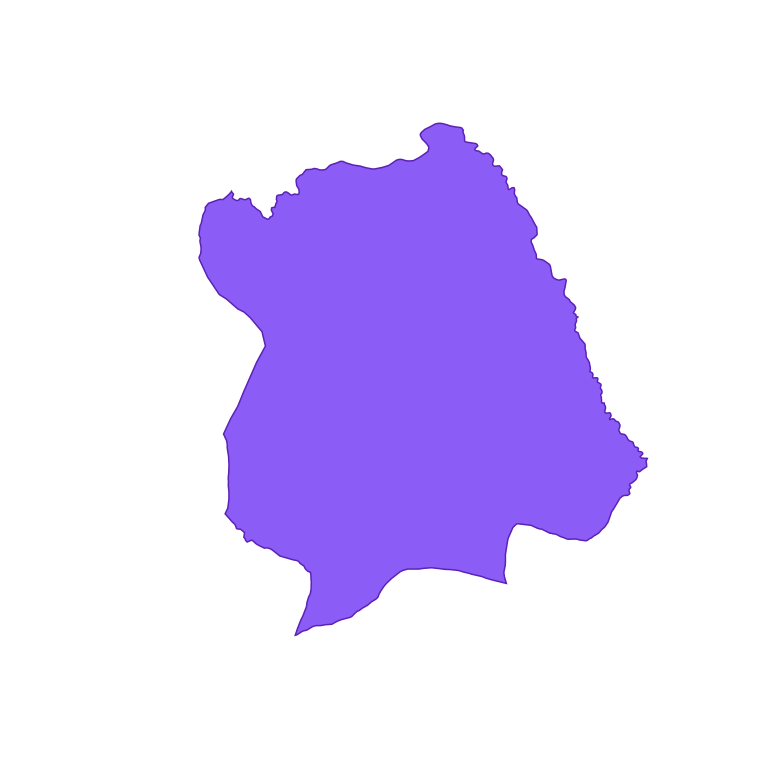 Adi Keyh, Debub, Eritrea, rotated 321°
{"feature_id": "51966322B55590653223248", "entity_name": "Adi Keyh", "entity_type": "district", "adm_level": 2, "iso_a3": "ERI", "parent_name": "Eritrea", "parent_adm1": "Debub", "projection": "albers", "projection_center": [39.429, 14.884], "detail": "fine", "context": "isolated", "style": "filled", "palette": "violet", "viewbox_px": 768, "rotation_deg": 321, "n_neighbors": 0, "source": "geoboundaries", "source_scale": "gbopen_adm2", "svg_char_len": 6171}
<svg xmlns="http://www.w3.org/2000/svg" viewBox="0 0 768 768"><g transform="rotate(321 384 384)"><path d="M386.8,138.3L383.6,139.0L379.1,139.3L374.9,139.3L372.3,137.0L361.3,133.1L356.3,134.2L354.4,136.6L349.9,138.6L343.1,144.1L340.8,145.2L335.8,149.9L333.9,151.9L333.2,155.0L330.9,157.0L327.9,162.5L326.7,164.1L323.7,167.2L319.9,169.2L318.8,171.5L314.2,190.0L312.3,210.8L315.0,218.7L317.6,233.6L320.6,240.3L321.8,248.5L322.1,266.6L315.7,279.9L298.6,287.0L270.5,301.5L256.1,309.4L242.8,314.5L227.8,321.9L226.0,329.0L224.2,332.2L222.0,334.9L217.8,342.2L212.9,349.0L207.5,355.2L203.7,359.1L201.9,361.7L199.1,364.9L195.5,370.4L191.1,375.8L184.6,382.1L178.8,384.9L179.3,396.3L179.8,398.9L179.3,401.3L178.5,403.2L178.6,404.1L181.1,406.6L182.1,411.7L178.6,414.9L178.7,416.8L178.0,418.3L178.2,420.7L182.8,422.0L183.5,423.7L183.9,427.2L184.8,429.9L187.7,436.3L189.9,437.6L191.8,440.2L192.7,442.6L194.8,452.1L202.5,463.1L205.4,466.7L206.0,468.4L205.9,470.6L207.2,475.2L206.5,478.2L206.9,481.5L208.3,484.0L206.6,487.0L204.1,490.2L203.5,491.4L198.1,497.7L194.3,500.9L191.7,501.9L186.4,505.5L183.7,508.2L180.9,509.8L175.0,513.2L171.0,515.0L162.9,519.6L156.9,523.4L158.4,524.1L165.1,524.8L169.2,526.7L175.7,527.6L177.2,528.1L179.7,529.4L182.6,531.8L186.8,534.1L192.3,537.9L198.3,538.9L202.3,540.2L211.1,544.1L212.8,544.4L217.8,543.8L220.1,543.8L222.1,544.4L226.3,544.6L232.1,545.6L237.4,545.4L242.5,546.1L245.0,545.9L247.7,544.3L251.1,542.9L256.2,541.3L260.2,540.5L267.5,539.9L278.5,540.1L281.2,540.7L285.9,542.7L294.6,549.7L299.1,552.4L305.3,556.7L312.2,563.7L314.5,566.2L318.7,569.9L323.2,574.4L325.3,576.8L327.1,579.7L330.9,584.6L332.5,587.1L338.9,595.2L340.9,598.8L344.5,604.0L353.6,616.0L356.4,609.3L358.6,605.8L363.9,601.4L366.5,598.6L371.0,593.0L380.5,584.4L383.3,582.1L393.9,576.6L399.0,576.2L400.3,577.1L409.3,586.3L412.4,592.5L413.8,594.7L415.2,596.0L419.0,604.4L420.2,605.4L421.0,606.8L421.8,607.4L423.4,609.5L425.3,614.0L426.7,616.0L428.5,619.4L429.5,620.6L433.1,623.3L436.4,626.0L437.5,627.9L442.3,633.0L443.8,633.5L447.0,633.6L448.0,634.1L452.7,634.2L453.3,634.6L454.5,634.5L455.9,634.9L457.4,634.9L462.0,634.1L464.7,634.1L466.5,633.8L471.2,632.3L480.6,626.5L483.5,625.7L495.4,621.3L498.7,621.2L500.5,621.8L503.2,623.8L505.2,624.1L506.2,623.7L507.3,621.1L508.1,620.1L510.4,619.8L511.0,619.2L511.2,616.9L512.7,616.4L514.4,616.9L517.6,616.9L519.4,616.8L521.1,616.3L523.7,614.4L524.3,611.8L525.7,610.9L526.4,611.5L526.8,612.5L527.5,613.0L531.2,613.0L536.1,613.6L538.0,611.0L538.5,609.6L539.4,608.7L541.8,607.6L540.9,606.5L540.0,606.3L539.0,604.8L537.4,603.7L537.3,601.7L540.9,601.2L541.5,600.7L541.6,599.5L540.9,598.2L539.3,596.4L539.7,595.4L541.1,594.2L541.1,593.4L540.9,592.6L539.6,591.3L539.4,589.7L540.7,586.4L540.7,585.3L539.0,582.8L538.7,580.2L539.4,577.8L539.4,575.5L539.0,574.3L536.8,571.9L536.6,571.0L537.4,567.7L538.2,566.9L539.5,566.3L541.5,564.6L542.2,561.8L542.0,560.4L540.8,558.8L540.7,556.1L540.1,555.1L537.1,553.7L537.3,552.9L539.9,552.0L540.7,551.3L541.5,549.4L541.3,548.4L538.9,546.9L537.8,545.6L537.8,544.7L541.1,542.1L542.1,540.3L542.0,539.4L543.2,537.4L541.3,535.6L544.5,531.2L545.2,529.1L546.1,528.5L547.6,528.3L548.8,526.9L549.4,525.4L549.4,524.1L549.9,522.9L552.0,521.5L552.4,520.3L551.2,517.1L551.4,516.2L553.0,515.1L553.7,514.2L553.5,513.2L550.3,510.9L550.3,510.1L552.4,508.1L552.7,507.4L552.8,506.0L551.9,503.9L554.3,501.7L557.1,496.5L557.7,493.9L557.9,491.2L558.6,489.5L560.7,486.9L563.0,482.3L564.0,481.5L565.3,479.4L565.1,471.7L567.0,466.3L566.0,464.0L565.8,462.7L566.4,461.8L568.3,461.0L569.7,458.5L570.4,457.7L573.2,456.3L574.7,454.0L576.8,454.0L576.1,452.2L576.2,451.2L576.8,450.7L576.1,448.7L576.1,447.7L579.5,446.5L581.0,445.3L581.3,444.3L581.5,442.2L580.6,437.3L581.1,434.9L580.0,430.8L580.1,428.6L580.3,427.8L582.2,425.2L584.9,423.3L590.7,418.3L591.1,417.3L590.9,416.5L590.2,415.8L585.3,413.4L583.8,411.3L582.7,408.9L582.6,406.5L583.0,405.2L586.9,398.1L587.7,396.3L587.8,395.1L585.9,388.3L584.7,386.4L581.8,383.4L581.5,382.4L583.9,379.0L585.1,374.4L586.8,370.0L587.7,366.5L588.3,365.5L589.2,364.7L590.1,364.4L592.5,364.8L596.9,364.3L597.7,363.4L601.4,358.1L601.5,356.4L603.3,347.1L603.4,344.5L604.4,339.8L604.3,338.1L601.6,328.3L602.0,326.7L604.5,322.5L604.3,321.3L604.8,318.7L605.9,317.1L607.8,315.3L608.6,313.4L607.8,312.5L606.6,312.0L603.4,311.6L603.3,310.4L605.2,307.6L605.8,303.9L608.8,301.9L609.4,300.4L609.4,299.5L607.6,297.0L607.3,296.1L607.4,294.9L608.7,293.5L611.0,292.1L611.1,287.7L610.9,287.0L607.0,284.4L606.4,283.0L606.6,281.7L607.0,281.1L610.1,278.9L610.8,277.4L610.9,273.0L610.5,271.2L610.2,270.3L608.9,269.0L606.2,268.0L605.2,266.3L604.4,262.9L602.5,260.8L602.0,259.8L602.3,258.6L603.2,258.3L606.5,258.1L607.0,257.4L607.0,256.0L606.7,255.0L600.2,247.8L599.6,246.6L599.9,245.4L602.2,242.5L602.8,241.3L603.7,238.4L604.3,237.5L605.4,236.7L605.5,233.9L604.9,232.9L601.0,228.8L597.6,224.7L595.9,221.9L593.0,218.0L591.2,216.3L589.4,215.1L586.9,214.0L582.6,213.3L576.0,211.8L572.8,211.9L570.1,212.3L569.4,212.8L568.5,214.1L567.8,217.7L568.4,223.9L568.0,227.8L567.7,228.5L564.5,230.9L557.0,230.5L552.9,230.0L547.4,228.9L544.4,226.9L541.9,224.7L539.0,220.5L537.0,218.9L534.6,217.9L525.4,217.2L519.1,214.7L512.1,211.0L510.1,209.4L506.0,204.5L502.5,199.5L497.9,194.5L493.8,188.5L492.2,185.2L490.2,183.5L486.5,182.5L480.8,180.3L479.0,180.0L475.8,180.4L473.4,180.4L471.1,179.1L468.9,177.3L466.9,174.1L465.2,172.4L463.2,171.8L458.3,168.4L452.5,169.7L450.0,169.0L445.5,169.5L444.4,169.9L443.1,171.4L441.0,174.9L440.4,179.0L438.7,181.8L436.9,182.8L435.7,182.0L434.1,180.1L432.9,179.6L431.8,179.5L431.0,179.0L430.4,177.9L430.1,176.1L429.1,173.4L427.8,172.5L427.0,172.3L424.7,172.7L423.9,172.6L422.0,171.6L421.0,170.8L419.6,170.3L418.5,170.8L416.5,172.9L415.9,174.8L413.3,175.9L410.3,178.1L409.8,177.4L407.5,176.4L405.9,177.9L404.9,182.1L402.8,183.2L400.6,182.6L398.8,183.2L397.7,183.0L397.0,182.4L395.0,177.7L396.4,172.1L394.9,167.2L394.7,164.8L393.8,162.6L394.6,159.4L396.2,156.8L396.2,155.1L395.5,154.3L393.0,153.8L391.8,153.3L389.4,149.7L388.6,149.2L386.5,149.6L385.2,149.0L384.3,147.5L383.4,145.3L383.4,144.1L383.7,143.3L386.0,142.2L386.6,141.6L386.5,139.2L386.8,138.3Z" fill="#8b5cf6" stroke="#5b21b6" stroke-width="1.5"/></g></svg>